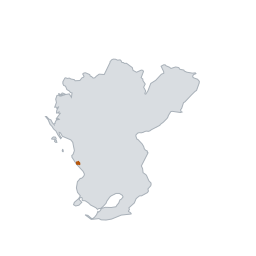 Distrito Capital highlighted on a map of Venezuela, rotated 239°
{"feature_id": "VEN-43", "entity_name": "Distrito Capital", "entity_type": "Capital District", "adm_level": 1, "iso_a3": "VEN", "parent_name": "Venezuela", "parent_adm1": "", "projection": "equal_earth", "projection_center": [-67.01, 10.484], "detail": "fine", "context": "in_parent", "style": "filled", "palette": "amber", "viewbox_px": 256, "rotation_deg": 239, "n_neighbors": 0, "source": "natural_earth", "source_scale": "10m", "svg_char_len": 4016}
<svg xmlns="http://www.w3.org/2000/svg" viewBox="0 0 256 256"><g transform="rotate(239 128 128)"><path d="M201.2,96.0L203.3,99.6L203.1,100.5L201.8,101.4L201.0,103.4L199.4,104.3L197.2,106.8L195.7,107.0L193.5,111.2L194.7,114.4L194.4,116.1L195.0,116.9L197.6,117.0L197.9,117.9L197.6,119.2L197.1,120.1L193.5,122.7L191.8,122.4L191.1,123.2L188.8,123.8L188.1,125.4L188.7,127.5L189.0,131.0L186.1,135.2L193.3,146.2L194.1,146.8L194.9,149.4L194.6,150.9L193.4,152.7L191.5,154.0L190.5,156.3L189.4,156.7L187.4,156.5L186.4,157.8L185.1,158.3L184.3,160.0L177.6,162.8L174.8,162.0L171.4,164.0L170.8,169.2L169.8,170.4L168.5,170.4L164.4,165.2L162.3,165.9L160.9,165.2L156.8,165.4L154.9,162.4L150.6,162.2L148.9,160.2L148.2,160.2L147.9,160.8L149.5,164.1L154.5,170.5L154.6,176.3L156.9,184.3L156.5,186.9L157.9,187.6L163.9,188.2L163.8,191.1L163.0,192.4L161.8,192.6L158.8,194.8L156.9,195.5L155.8,200.2L154.7,201.5L153.6,202.6L151.6,202.7L148.9,205.7L147.9,205.6L145.6,207.1L141.8,211.5L140.6,214.1L139.6,214.2L140.0,211.8L139.5,210.6L138.7,209.9L137.8,209.8L136.8,210.4L134.0,212.7L131.3,213.2L129.9,212.2L124.9,206.1L124.8,204.1L123.6,199.2L121.1,190.3L121.1,188.6L117.1,184.0L116.6,182.5L114.9,181.9L113.9,182.5L114.2,181.0L119.5,174.5L120.0,173.1L117.9,169.0L116.8,167.8L116.1,166.4L114.8,161.3L114.4,157.5L113.9,156.7L114.5,147.3L114.3,145.2L114.7,143.6L115.7,142.5L116.3,140.9L116.5,138.6L117.1,136.8L118.2,135.3L118.6,133.9L118.1,131.5L117.2,130.6L113.9,129.9L113.0,130.6L107.1,131.9L104.1,131.9L101.9,131.3L100.2,131.5L98.2,132.7L97.2,132.0L96.4,132.4L88.6,119.9L85.7,119.6L81.9,117.9L78.8,119.3L77.5,119.4L72.0,118.7L69.0,119.4L67.7,118.7L66.8,117.8L65.5,113.7L63.4,113.0L62.6,111.4L62.9,104.7L63.9,102.9L63.5,99.9L63.2,98.5L60.5,94.8L59.1,87.6L57.3,87.2L56.7,85.7L56.2,85.4L54.7,86.3L53.1,86.7L52.7,86.3L56.8,77.4L58.4,67.0L60.4,61.8L63.1,57.7L65.3,56.4L68.6,49.4L75.7,46.5L73.8,48.6L69.6,50.0L68.6,50.9L68.7,53.2L69.9,56.5L72.0,59.2L71.1,59.4L71.5,61.8L72.5,63.5L72.5,64.5L71.7,67.7L68.5,72.7L66.7,77.1L68.0,79.7L68.2,81.0L70.6,84.2L70.4,85.5L71.4,88.2L73.1,88.5L76.4,86.9L78.1,84.0L78.5,78.7L78.2,76.8L76.2,72.2L74.8,70.4L73.6,66.3L73.1,62.7L74.0,61.8L74.0,59.9L76.2,59.4L81.2,56.3L84.2,55.5L87.7,53.8L89.2,51.6L89.7,51.5L91.5,52.7L92.4,52.3L92.8,51.3L92.3,49.3L88.1,50.1L87.1,46.2L88.1,43.0L90.3,41.8L91.9,43.7L92.9,49.3L94.3,52.2L98.8,51.6L103.2,52.9L108.0,57.0L109.4,61.2L108.8,62.2L109.1,64.0L109.8,65.8L110.9,66.9L113.8,67.2L123.6,65.2L131.8,64.9L133.4,65.7L133.6,67.2L136.2,70.4L144.3,73.3L147.4,72.8L154.7,67.5L158.6,67.6L159.8,66.8L158.3,66.0L155.0,65.6L154.0,66.2L153.5,64.8L158.2,64.4L162.4,64.7L165.7,63.7L168.4,63.7L171.2,63.1L176.3,63.8L180.3,63.2L179.8,64.1L176.4,64.8L174.7,66.1L171.3,65.9L168.8,66.4L169.6,66.7L169.6,68.1L170.3,68.3L171.4,70.0L171.6,71.3L170.8,73.5L171.8,73.2L172.3,72.6L172.3,71.1L172.9,71.3L175.5,77.5L176.6,76.1L177.3,77.0L177.3,74.6L178.2,74.7L180.0,76.2L182.0,79.8L181.6,77.1L183.2,77.0L183.6,75.9L186.7,79.8L190.0,80.9L192.5,83.9L191.9,85.3L190.5,86.0L189.9,86.9L188.9,91.6L187.5,95.2L183.4,95.3L186.9,98.1L188.1,96.9L189.8,96.8L192.4,95.4L196.0,96.0L197.6,94.8L199.5,95.0L201.2,96.0ZM158.4,57.4L158.8,59.4L157.7,61.0L156.2,61.1L155.0,60.0L154.3,60.2L152.3,59.6L152.9,58.6L154.4,58.1L155.5,59.3L156.4,59.3L156.7,58.3L157.9,56.9L158.4,57.4ZM191.7,90.0L189.5,91.5L189.4,90.0L191.1,88.2L191.9,89.3L191.7,90.0ZM143.3,60.8L142.7,61.1L141.1,60.3L141.4,59.8L142.3,59.8L143.3,60.8ZM192.2,87.2L190.8,87.7L191.2,86.6L192.6,86.0L193.1,86.2L192.2,87.2Z" fill="#d9dde1" stroke="#a8b0b8" stroke-width="1"/><path d="M123.4,65.7L123.5,65.7L123.5,65.8L123.8,65.9L123.8,66.0L124.0,66.0L124.3,66.0L124.5,66.0L124.8,66.1L125.0,66.4L125.1,66.6L125.0,66.9L124.8,67.1L124.7,67.3L124.6,68.1L124.3,68.0L124.1,68.0L123.9,68.1L123.7,68.3L123.4,68.4L123.2,68.4L122.9,68.4L122.7,68.3L122.2,68.0L121.9,67.9L121.8,67.7L122.1,67.4L122.3,67.4L122.5,67.4L122.6,67.2L122.8,67.2L122.9,66.9L122.9,66.7L122.9,66.4L123.0,66.4L123.3,66.2L123.3,65.9L123.4,65.7L123.4,65.7Z" fill="#f59e0b" stroke="#b45309" stroke-width="1.5"/></g></svg>